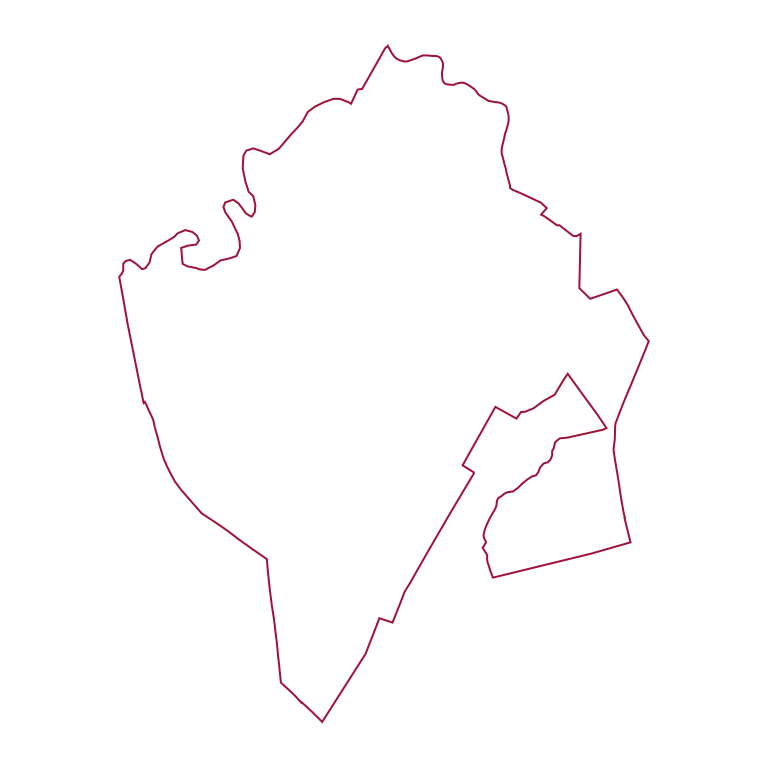 Poienarii Burchii, Dâmbovita, Romania (Albers equal-area conic projection)
{"feature_id": "2599482B3003750716063", "entity_name": "Poienarii Burchii", "entity_type": "district", "adm_level": 2, "iso_a3": "ROU", "parent_name": "Romania", "parent_adm1": "Dâmbovita", "projection": "albers", "projection_center": [25.941, 44.724], "detail": "fine", "context": "isolated", "style": "outline", "palette": "rose", "viewbox_px": 768, "rotation_deg": 0, "n_neighbors": 0, "source": "geoboundaries", "source_scale": "gbopen_adm2", "svg_char_len": 4567}
<svg xmlns="http://www.w3.org/2000/svg" viewBox="0 0 768 768"><path d="M322.2,721.9L350.3,677.8L365.6,653.8L379.4,618.2L392.5,622.6L399.5,605.1L404.7,591.6L410.1,582.9L426.8,553.5L449.9,513.7L473.8,473.5L473.8,472.4L462.6,465.3L495.4,406.9L516.5,418.6L521.0,412.0L524.9,411.8L533.5,408.3L543.6,400.9L550.6,397.0L554.7,394.7L564.0,379.2L567.7,373.8L585.6,398.5L597.6,414.9L606.5,428.1L603.5,429.6L599.0,430.6L577.9,435.3L567.7,437.6L560.0,438.3L556.7,440.7L554.9,442.8L554.5,444.8L553.8,448.3L552.2,450.8L552.2,455.2L550.5,459.6L547.7,462.3L543.9,463.4L542.2,465.0L539.9,467.9L538.3,472.1L536.1,475.3L532.5,476.2L527.8,479.1L522.4,483.5L517.4,488.3L512.9,491.5L507.6,492.2L504.5,493.5L501.6,496.0L498.3,498.0L497.0,500.7L496.4,505.6L495.2,508.9L490.1,517.6L486.9,524.3L484.8,529.6L483.5,535.1L483.9,537.6L486.1,542.3L482.7,547.7L485.7,552.7L487.2,555.2L487.1,559.4L487.5,562.0L488.9,566.1L490.2,570.4L492.9,577.6L592.1,553.4L601.4,550.7L630.5,542.3L626.2,524.9L624.5,517.8L624.9,517.7L623.6,512.6L620.5,494.7L619.2,485.5L617.8,476.4L614.8,458.8L613.5,449.3L614.7,439.8L614.8,439.2L614.9,434.1L615.0,433.7L615.1,426.7L615.6,423.0L617.3,418.8L619.1,413.9L620.6,410.0L622.4,405.4L625.5,397.8L628.8,389.9L629.6,388.1L629.8,387.7L636.0,372.6L639.2,364.9L640.5,361.7L642.2,357.6L643.2,355.1L645.5,349.5L646.5,346.9L647.4,344.5L648.3,342.3L648.8,341.2L643.8,335.1L638.4,325.3L633.0,315.5L628.4,306.4L627.1,304.1L624.5,299.9L621.9,296.1L617.0,289.5L590.2,298.8L579.3,288.1L579.7,272.1L580.6,233.8L576.7,236.1L573.3,236.0L564.8,229.4L559.4,225.2L557.1,225.4L550.8,220.8L544.4,216.3L541.1,214.6L543.9,211.4L546.7,208.1L541.1,202.8L528.4,196.8L520.0,192.9L513.0,190.0L510.2,188.2L509.9,185.1L508.6,180.4L506.7,173.5L505.8,168.8L504.4,164.0L503.0,157.9L501.8,154.1L501.6,150.8L501.6,149.5L502.1,146.8L503.5,140.8L504.4,137.1L505.1,133.4L506.1,131.0L507.0,127.7L508.2,123.4L508.6,121.1L508.7,117.9L508.4,114.7L507.2,110.2L506.3,106.6L504.7,105.2L502.8,104.0L500.8,103.0L498.8,102.5L496.6,102.2L492.2,101.6L488.2,100.8L484.3,98.3L479.1,95.1L477.5,93.1L475.6,90.5L474.0,88.8L468.8,85.3L467.1,84.3L465.0,83.3L463.0,82.7L461.2,82.7L458.5,83.1L455.9,83.9L453.7,84.9L452.0,84.8L449.0,84.6L446.0,84.1L444.2,83.0L443.4,81.8L442.6,80.0L442.2,77.4L442.0,72.7L442.0,71.6L442.3,70.7L442.5,69.8L443.0,66.3L442.9,63.1L442.1,61.1L440.9,58.7L439.5,57.2L437.5,56.3L435.3,56.0L431.9,55.9L428.1,55.5L423.1,55.4L420.8,56.2L416.2,58.3L409.0,60.8L407.1,61.4L404.3,61.5L400.1,60.4L398.4,59.6L396.2,58.4L394.0,56.2L391.6,52.9L389.9,49.6L387.9,46.1L387.8,46.4L387.1,46.8L386.3,47.1L385.9,47.4L385.2,48.3L384.8,48.8L384.6,49.1L384.3,49.6L383.5,51.2L382.0,53.8L381.1,55.5L380.3,56.8L379.9,57.7L378.6,59.8L377.6,61.6L377.3,62.1L375.6,65.2L367.7,79.1L366.7,80.9L363.4,86.7L362.4,88.4L362.2,88.9L357.9,89.5L357.5,89.9L352.3,101.1L351.0,103.8L349.2,102.5L340.1,98.9L333.2,98.9L324.0,102.2L314.8,106.7L307.9,111.8L302.7,121.4L296.9,128.3L290.5,135.1L284.7,141.9L278.9,148.7L269.7,154.3L260.6,150.8L253.2,148.4L246.3,150.6L243.4,155.7L242.7,168.3L245.4,181.5L248.7,191.9L253.2,196.0L255.4,205.2L254.8,212.0L251.8,216.6L250.1,216.0L245.6,213.1L242.8,209.0L238.3,203.2L233.2,199.7L225.2,202.5L223.4,207.1L225.6,212.8L231.8,221.5L237.9,234.2L239.6,241.1L240.0,248.0L236.5,256.0L230.2,258.2L220.5,260.4L213.6,265.4L204.9,269.9L199.2,269.3L196.4,268.1L187.3,266.3L182.7,263.9L182.2,259.9L181.7,253.6L181.2,247.9L188.1,245.6L196.1,244.6L199.0,240.6L196.8,235.4L192.2,231.9L185.4,230.1L178.5,232.9L176.2,234.6L175.0,236.3L168.7,240.3L157.8,246.4L154.3,250.4L151.4,254.4L149.6,262.4L145.5,268.1L142.1,269.2L136.4,264.0L130.2,259.9L125.6,261.0L123.3,263.8L123.2,270.7L122.0,273.5L119.2,276.8L119.4,277.8L123.6,300.8L126.1,315.3L126.8,318.9L126.7,319.3L127.0,320.1L127.2,322.0L127.4,322.1L127.4,322.9L127.7,324.3L129.4,332.6L129.4,333.1L130.0,335.4L130.1,335.5L130.0,335.8L131.8,344.8L131.8,345.1L132.0,345.5L133.1,351.3L133.3,351.4L133.3,352.1L140.4,387.5L141.2,390.8L143.5,402.6L143.7,403.0L144.2,402.4L144.8,401.9L146.2,404.3L148.1,408.9L148.3,409.4L149.6,412.0L150.5,414.0L152.5,418.2L153.6,421.3L154.7,427.0L157.9,438.2L159.9,446.3L162.4,454.6L164.2,460.1L164.3,460.3L167.0,466.3L171.0,474.4L175.1,481.8L181.1,489.8L189.6,499.6L201.2,512.8L201.2,513.0L209.0,518.2L219.7,525.3L228.2,531.3L239.6,540.0L250.7,547.9L253.3,549.8L253.6,549.9L261.3,555.3L266.8,559.1L268.0,572.8L269.8,589.4L271.7,604.4L271.7,604.6L274.1,619.9L274.8,625.8L275.4,631.7L276.7,641.4L277.7,651.8L278.2,657.9L278.4,658.2L280.9,682.6L294.1,694.8L301.3,702.6L301.6,702.2L312.3,712.1L322.2,721.9Z" fill="none" stroke="#9f1239" stroke-width="2"/></svg>